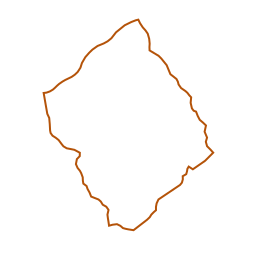 the district of Arandu, São Paulo, Brazil, rotated 141°
{"feature_id": "56859067B50939069677947", "entity_name": "Arandu", "entity_type": "district", "adm_level": 2, "iso_a3": "BRA", "parent_name": "Brazil", "parent_adm1": "São Paulo", "projection": "mercator", "projection_center": [-49.058, -23.176], "detail": "fine", "context": "isolated", "style": "outline", "palette": "amber", "viewbox_px": 256, "rotation_deg": 141, "n_neighbors": 0, "source": "geoboundaries", "source_scale": "gbopen_adm2", "svg_char_len": 1598}
<svg xmlns="http://www.w3.org/2000/svg" viewBox="0 0 256 256"><g transform="rotate(141 128 128)"><path d="M171.5,208.3L177.7,197.2L179.8,193.4L181.8,189.8L182.9,185.4L186.4,180.2L190.1,175.1L191.3,172.8L191.5,169.5L190.3,165.9L189.5,162.3L189.7,157.1L189.7,154.4L188.4,150.8L185.7,147.6L183.4,144.8L181.0,139.1L183.2,136.5L187.3,136.0L191.2,132.7L192.3,128.7L192.3,125.0L192.8,122.4L194.2,118.2L196.2,115.5L197.7,112.9L196.7,109.0L197.8,106.1L198.5,102.0L199.8,97.9L198.0,94.7L195.9,91.0L195.4,88.0L195.9,84.3L194.4,80.5L194.7,76.6L198.5,73.6L200.6,70.2L201.9,67.9L204.2,64.0L200.8,62.5L197.1,60.2L195.5,56.8L194.9,53.4L193.4,51.3L191.6,49.1L188.0,45.1L170.9,44.7L167.2,45.0L164.4,46.0L161.0,46.4L158.0,46.5L155.9,49.1L153.2,51.4L149.3,53.3L123.4,51.0L120.5,51.6L117.7,53.6L115.8,56.1L111.8,55.5L109.4,57.2L107.5,58.9L105.1,59.8L103.6,55.1L88.7,54.0L77.3,55.2L77.5,59.3L78.0,64.1L76.2,68.3L72.6,70.8L70.8,76.9L65.8,80.9L66.3,84.8L67.1,89.2L66.2,93.6L64.8,97.9L66.1,100.1L66.0,103.0L63.5,108.1L59.6,112.1L59.8,114.9L59.7,117.9L60.1,120.5L61.6,125.6L61.3,130.0L60.1,132.6L59.5,135.6L60.4,139.7L61.2,143.1L58.4,152.5L58.4,161.1L58.8,164.8L62.4,174.7L60.4,177.4L58.1,179.9L55.4,184.0L53.3,188.9L53.0,192.9L53.2,196.9L52.7,201.9L51.8,205.7L54.1,206.8L58.8,208.3L65.9,209.9L72.0,209.9L77.1,209.9L84.4,208.2L89.3,208.2L93.7,209.0L100.0,210.9L106.3,211.3L110.8,210.9L116.6,209.9L122.9,207.5L127.0,204.8L131.9,203.2L135.8,202.9L139.7,203.2L146.5,204.8L149.7,205.3L153.8,205.6L156.4,205.5L159.7,205.2L162.2,205.1L165.7,205.6L169.1,206.8L171.5,208.3Z" fill="none" stroke="#b45309" stroke-width="2"/></g></svg>